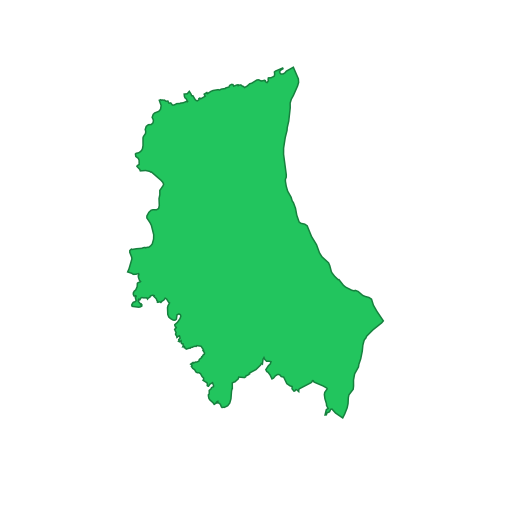 outline of Rajbari, Dhaka, Bangladesh, rotated 58°
{"feature_id": "16705992B48875454234518", "entity_name": "Rajbari", "entity_type": "district", "adm_level": 2, "iso_a3": "BGD", "parent_name": "Bangladesh", "parent_adm1": "Dhaka", "projection": "robinson", "projection_center": [89.601, 23.735], "detail": "fine", "context": "isolated", "style": "filled", "palette": "green", "viewbox_px": 512, "rotation_deg": 58, "n_neighbors": 0, "source": "geoboundaries", "source_scale": "gbopen_adm2", "svg_char_len": 6100}
<svg xmlns="http://www.w3.org/2000/svg" viewBox="0 0 512 512"><g transform="rotate(58 256 256)"><path d="M439.3,268.3L437.0,264.5L433.1,259.2L430.0,256.2L425.1,252.8L423.0,250.8L420.5,244.2L418.0,242.2L412.8,239.0L408.2,234.8L404.4,227.9L402.3,226.1L398.7,221.7L393.0,216.3L388.2,212.6L385.0,209.2L384.3,208.1L384.0,206.7L382.6,204.6L380.6,196.0L379.3,184.9L378.5,182.4L366.9,182.8L359.9,182.5L353.8,180.9L351.0,182.2L348.1,184.9L345.9,186.4L340.2,188.2L337.7,190.1L337.6,191.2L335.7,193.0L329.9,196.5L327.1,197.4L319.9,198.2L319.6,198.9L314.8,200.1L310.7,200.5L309.2,200.4L303.4,198.6L300.3,198.1L291.6,200.5L287.0,200.5L278.5,198.7L269.0,198.6L257.5,196.6L254.8,197.8L252.0,200.7L249.9,201.4L243.0,199.8L236.4,197.2L230.6,196.0L228.4,196.1L224.8,195.1L217.8,194.8L212.9,193.4L208.3,191.5L206.6,190.5L205.2,188.6L203.2,187.3L184.3,178.7L179.1,175.4L171.0,168.4L165.9,163.1L163.7,161.5L159.0,156.8L148.5,148.5L144.4,146.0L141.7,142.9L139.7,139.3L133.8,130.6L131.4,127.9L128.2,126.2L115.7,124.3L115.3,132.3L116.0,134.4L116.0,136.4L115.0,138.4L113.3,138.7L112.2,138.4L111.5,136.6L111.5,133.9L110.7,133.8L109.5,141.5L109.7,142.9L111.7,143.8L113.2,145.3L112.8,148.8L111.5,151.1L112.4,152.0L114.0,152.7L114.8,154.8L113.3,155.5L112.5,155.6L112.2,155.2L111.5,155.6L110.6,158.5L109.9,158.9L109.8,159.4L108.1,160.2L107.2,161.9L107.2,168.1L106.6,170.0L107.2,173.5L107.1,176.5L105.6,176.7L105.1,177.4L102.9,178.2L102.1,180.0L102.1,180.8L101.3,180.5L100.8,181.7L100.2,184.9L98.4,184.7L97.5,185.8L97.4,188.0L98.4,189.3L97.4,192.6L97.7,193.2L96.1,197.0L95.9,199.1L94.9,199.9L92.9,204.7L92.5,207.0L92.6,211.2L92.1,211.5L91.9,210.9L91.3,211.0L91.3,214.2L93.6,214.5L93.4,219.5L92.3,219.9L92.3,221.1L93.2,221.5L93.4,223.5L92.5,224.3L91.2,224.7L86.7,224.6L86.0,225.6L84.3,225.3L81.0,225.3L82.0,228.4L80.6,231.1L82.6,232.1L84.3,232.4L85.4,231.9L88.7,232.1L88.8,232.6L88.1,232.9L87.5,236.5L86.3,239.1L86.4,239.7L84.8,242.4L84.6,245.0L84.1,246.5L83.6,246.9L81.0,247.2L80.4,248.6L80.0,248.9L77.9,248.6L77.0,250.4L75.3,251.0L75.2,251.5L74.2,252.5L73.8,253.7L73.0,253.9L72.7,255.5L78.1,256.7L81.0,259.2L81.8,261.8L81.0,266.1L81.4,268.1L83.4,270.6L86.4,271.0L88.4,272.6L89.0,275.2L87.6,277.7L87.9,280.4L90.0,282.9L91.9,283.5L93.5,284.7L95.0,288.1L95.9,289.2L102.5,293.3L104.9,295.5L105.8,297.0L106.2,298.7L106.3,300.7L105.4,303.2L105.6,304.2L107.9,305.2L110.8,304.1L112.9,304.4L116.5,306.6L116.4,308.7L116.9,309.5L120.8,308.7L122.5,309.0L125.0,304.3L127.7,301.5L129.2,300.7L129.3,300.2L141.2,296.5L144.1,296.0L146.2,296.3L147.2,297.7L149.4,302.8L153.1,305.1L155.9,307.8L162.0,311.3L164.1,313.4L164.1,315.9L162.2,318.8L161.6,320.7L162.2,323.7L164.2,327.3L165.9,328.4L171.6,328.2L174.6,328.5L183.8,331.5L187.4,333.9L190.8,337.6L191.6,340.0L191.7,342.6L191.0,343.5L190.5,345.5L189.9,345.6L189.2,347.3L189.1,348.5L186.5,353.5L184.8,357.6L184.1,358.0L184.5,360.1L186.0,361.1L191.2,362.1L192.7,362.8L199.5,370.4L201.5,373.3L204.9,370.5L206.5,369.8L207.8,367.6L208.7,364.9L209.9,365.3L210.4,366.4L212.1,367.1L214.9,367.7L216.5,367.4L216.6,368.0L216.1,370.1L216.3,371.1L219.0,373.0L221.0,375.9L221.3,377.9L222.2,379.5L223.3,380.3L225.1,380.7L225.6,380.4L225.8,379.2L226.2,378.9L226.9,379.2L227.3,380.4L230.3,381.2L230.7,382.9L230.2,384.5L230.7,385.8L231.7,387.4L233.1,387.7L237.2,382.7L237.8,381.4L238.0,379.5L237.0,378.7L236.3,379.5L235.7,378.8L235.2,379.4L231.9,379.8L230.4,378.4L230.7,377.9L231.6,377.8L230.6,375.8L230.7,374.8L231.8,373.7L233.5,370.9L235.1,370.8L234.6,369.9L234.7,367.8L233.9,366.7L234.6,364.1L235.3,364.0L235.7,363.4L236.2,364.0L239.4,363.2L240.9,363.6L241.9,363.3L242.7,364.1L243.2,363.9L243.9,361.8L245.0,361.3L244.5,359.6L244.5,357.5L243.6,355.4L245.2,354.6L248.9,354.6L250.0,354.2L251.4,356.8L252.9,358.4L258.8,361.8L261.6,362.3L263.9,361.6L266.3,360.3L267.2,359.3L267.6,358.2L267.3,356.9L264.1,354.3L264.2,352.1L265.6,351.2L267.2,351.6L268.8,353.6L270.6,357.7L271.2,361.3L272.3,361.8L274.4,361.5L274.7,361.9L274.5,362.8L275.2,363.4L275.2,363.9L278.7,364.4L279.5,365.6L280.4,365.9L281.1,365.5L283.2,366.2L282.9,363.7L283.1,363.2L285.5,363.9L285.9,365.8L287.0,366.1L287.2,366.9L288.3,366.3L288.2,364.5L290.2,365.5L291.1,365.4L291.8,364.5L292.3,364.7L293.5,365.3L294.1,366.1L294.3,365.2L294.8,364.7L295.4,364.8L295.7,365.4L297.4,364.4L298.0,364.5L298.8,361.3L299.3,360.7L299.0,359.9L299.7,358.2L299.7,357.1L300.2,355.6L301.0,354.6L300.6,353.7L303.4,350.4L306.5,350.3L307.7,350.4L308.1,351.1L308.6,350.6L309.4,351.0L311.0,351.0L312.0,352.0L311.7,352.8L312.6,354.4L312.7,355.5L313.3,355.8L313.7,358.9L314.9,360.2L314.5,362.6L313.9,363.4L313.6,366.0L312.9,365.9L313.1,368.7L314.6,368.1L315.3,368.7L315.4,369.3L317.8,369.2L320.0,368.3L322.5,368.4L323.8,367.7L324.8,366.2L326.4,365.4L329.7,365.6L331.6,365.1L332.8,365.7L333.3,366.8L337.5,364.8L338.9,365.1L339.9,366.0L340.5,366.0L341.3,365.3L340.3,363.1L340.4,360.0L343.5,360.7L344.3,361.3L344.1,363.5L344.8,364.4L345.2,366.9L348.1,368.7L348.5,370.0L349.9,370.7L351.8,371.4L353.6,371.4L357.7,370.2L359.7,370.1L359.8,369.7L359.4,368.0L360.0,367.2L358.9,366.6L359.0,365.4L360.1,365.9L362.8,364.8L365.5,365.3L366.5,365.1L367.1,363.6L367.6,363.1L368.0,359.4L366.8,356.2L363.8,352.9L357.7,348.4L355.9,346.7L356.0,346.4L351.1,343.4L351.2,341.6L351.6,340.7L350.8,336.2L349.5,334.8L353.0,330.2L353.0,328.8L352.2,327.7L352.6,326.8L352.7,324.8L352.3,324.4L352.5,323.8L351.8,323.5L352.3,316.2L350.9,309.9L350.1,308.4L350.2,308.1L351.0,307.8L347.3,304.8L346.4,303.1L348.1,303.4L350.9,302.8L352.2,300.6L353.6,299.3L355.1,301.1L355.6,303.6L357.6,307.9L359.7,308.1L361.0,307.4L364.3,307.1L368.7,307.6L368.8,305.8L367.9,303.1L367.9,300.8L368.2,299.9L369.4,298.8L371.6,298.5L373.4,296.7L380.6,297.5L384.3,295.9L385.8,294.5L387.7,295.8L390.8,295.4L391.0,294.4L390.4,293.0L390.9,292.4L393.6,291.6L391.8,290.4L391.6,289.3L392.6,276.5L392.4,275.3L391.6,274.2L391.8,273.7L392.1,273.5L393.3,273.7L394.4,273.1L401.7,268.0L405.4,266.0L406.4,266.0L408.1,270.0L409.8,271.5L413.6,273.2L418.5,274.5L420.2,275.4L423.6,275.6L423.5,277.7L427.4,281.7L428.0,280.5L426.7,279.1L427.1,276.2L425.6,273.9L426.0,272.7L431.3,271.8L439.3,268.3Z" fill="#22c55e" stroke="#15803d" stroke-width="1.5"/></g></svg>